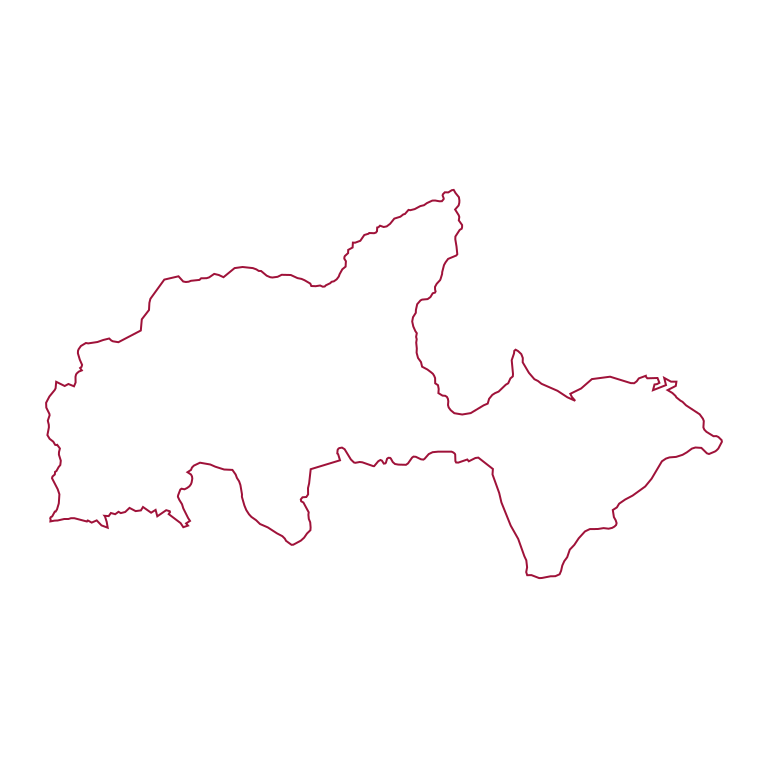 Tepango de Rodríguez, Puebla, Mexico (Albers equal-area conic projection)
{"feature_id": "50627088B77099076149354", "entity_name": "Tepango de Rodríguez", "entity_type": "district", "adm_level": 2, "iso_a3": "MEX", "parent_name": "Mexico", "parent_adm1": "Puebla", "projection": "albers", "projection_center": [-97.782, 20.011], "detail": "fine", "context": "isolated", "style": "outline", "palette": "rose", "viewbox_px": 768, "rotation_deg": 0, "n_neighbors": 0, "source": "geoboundaries", "source_scale": "gbopen_adm2", "svg_char_len": 6056}
<svg xmlns="http://www.w3.org/2000/svg" viewBox="0 0 768 768"><path d="M50.4,521.4L54.7,520.6L57.6,520.5L64.2,519.0L68.4,519.0L71.0,518.2L74.3,518.2L86.9,521.5L87.6,520.5L88.1,520.6L91.7,522.6L96.7,520.4L101.5,525.4L107.7,527.7L106.7,521.9L105.0,516.5L104.5,515.8L108.7,516.1L110.9,513.0L115.2,514.2L118.5,511.8L120.8,513.1L125.2,512.0L129.5,507.9L135.6,511.1L140.9,510.4L143.0,507.0L151.1,512.7L155.6,509.9L157.3,516.3L166.2,510.2L169.7,511.2L170.0,512.1L168.7,514.1L180.6,523.1L183.3,527.2L188.0,525.6L186.1,523.4L190.0,520.9L188.1,518.0L183.3,508.4L182.0,504.2L179.4,500.0L177.9,496.8L178.1,495.3L180.3,489.6L181.5,488.7L184.5,489.3L187.1,488.0L189.4,486.3L190.9,484.3L191.6,482.5L192.3,478.6L192.0,476.4L191.0,474.5L187.5,472.2L191.0,469.9L192.0,467.5L193.9,465.6L200.0,462.7L210.3,464.5L215.3,466.7L224.1,469.5L232.4,469.9L235.7,474.6L236.9,477.9L239.1,481.3L240.4,485.0L242.0,494.4L241.9,496.8L244.4,505.5L246.3,510.1L249.0,514.3L251.4,516.9L256.1,520.2L260.0,524.0L267.8,527.4L276.9,533.3L282.4,536.2L284.8,538.6L286.1,540.9L291.5,544.8L293.3,544.7L300.9,540.6L304.1,537.7L307.0,533.5L310.4,530.2L310.6,527.4L310.2,522.3L308.8,518.9L308.4,514.8L308.7,512.3L303.4,502.5L301.2,501.3L300.8,499.4L302.5,497.3L306.3,497.0L308.1,494.4L308.0,488.1L309.1,483.5L310.7,469.2L340.0,460.3L338.1,454.1L337.3,453.5L337.6,450.0L338.4,448.7L339.3,448.1L342.0,447.6L344.6,449.2L350.9,459.5L354.0,462.5L355.4,462.8L359.7,462.0L362.3,462.3L373.2,466.1L374.2,466.1L378.3,461.2L380.4,460.0L381.9,460.6L383.8,463.6L385.3,463.4L385.9,462.7L387.1,458.7L388.4,457.8L390.1,457.9L390.8,458.5L392.8,462.1L395.0,464.0L398.4,464.6L406.0,464.8L408.0,463.4L412.1,457.6L413.5,456.6L415.8,456.8L421.0,459.3L423.4,459.6L424.6,458.8L428.7,454.1L432.6,452.2L437.8,451.7L451.6,451.7L453.4,452.5L454.8,453.7L455.2,454.6L455.4,461.1L456.1,462.5L458.3,462.6L467.3,459.5L468.8,461.3L475.4,458.0L478.3,457.6L492.9,469.0L492.5,474.4L499.2,493.0L501.4,502.4L510.7,525.6L518.2,538.9L524.4,556.3L526.3,560.3L527.1,567.3L526.2,572.1L527.2,575.2L531.4,575.1L539.2,578.1L541.8,578.0L550.5,576.3L555.3,576.2L559.6,574.3L561.1,570.8L562.3,565.5L564.3,561.1L567.2,557.2L569.8,549.6L574.3,544.9L578.7,538.3L585.0,531.4L589.8,529.1L597.9,529.0L603.6,528.1L608.6,528.7L612.1,527.9L614.4,526.6L616.1,525.0L616.6,523.1L615.7,520.3L613.9,517.1L612.8,510.0L616.9,507.4L619.1,503.7L625.2,499.5L632.6,495.6L645.2,486.5L651.6,478.7L661.9,461.3L665.9,458.6L669.5,457.4L676.1,456.9L682.6,454.8L686.9,452.3L691.9,448.6L695.4,447.5L701.4,447.9L706.9,453.3L709.0,454.0L715.0,451.5L716.4,450.5L718.3,448.6L721.9,441.8L721.6,440.1L718.4,437.0L716.4,436.1L713.5,436.2L706.4,431.8L704.3,429.6L703.4,427.4L703.8,421.0L702.9,418.7L699.7,414.3L686.0,405.3L682.5,401.8L680.5,400.7L676.4,397.4L675.5,395.9L672.4,393.0L667.6,390.1L675.8,385.9L676.4,381.7L671.1,381.7L664.2,377.9L666.0,385.1L653.0,390.2L654.5,384.5L657.0,384.1L659.4,382.8L657.5,378.0L647.3,378.3L645.9,376.7L645.8,375.8L638.8,378.4L636.7,381.3L634.2,383.2L630.8,383.1L610.1,376.7L591.9,379.1L581.1,388.5L570.3,393.8L571.9,397.0L575.2,400.8L567.4,397.3L557.5,390.8L541.5,383.8L538.0,381.0L534.4,379.2L528.9,372.8L522.7,362.3L522.8,358.0L521.3,354.1L518.1,351.1L515.6,349.7L514.3,350.8L514.0,353.5L511.7,360.2L513.0,374.0L512.8,376.4L510.4,378.4L508.2,383.3L505.8,384.7L498.6,391.6L495.1,393.1L492.3,394.9L489.1,398.8L487.7,403.6L483.7,405.3L470.7,413.1L462.2,414.5L454.3,413.2L450.7,410.2L448.7,407.5L448.0,405.0L448.3,401.3L447.9,398.8L446.9,396.9L445.2,395.8L442.5,395.6L438.4,393.1L438.7,389.0L438.0,385.2L435.2,383.3L435.1,378.1L434.1,375.7L432.9,373.8L431.1,372.3L427.4,369.5L422.1,366.7L421.0,362.1L418.0,357.9L416.6,352.7L416.8,348.5L416.2,342.6L416.7,339.2L416.1,336.9L416.8,333.2L415.4,331.2L413.3,326.5L412.2,321.5L413.0,317.2L415.8,312.8L415.9,310.0L417.2,304.2L420.5,300.4L422.1,299.6L427.6,299.1L430.4,297.1L432.7,293.3L435.0,292.6L435.6,291.4L435.1,289.8L435.0,286.9L436.7,283.8L440.1,280.1L440.6,278.9L442.1,274.0L442.2,272.1L444.0,265.1L445.5,262.4L448.1,258.9L456.3,255.5L457.3,254.2L456.5,246.5L455.3,239.3L455.4,236.5L459.7,229.9L461.7,228.7L462.1,227.1L462.1,225.0L458.8,220.4L459.3,217.0L458.7,215.2L455.1,209.5L458.6,205.5L459.3,202.8L459.4,200.4L458.9,197.2L455.5,193.0L453.7,189.9L451.8,190.2L448.3,192.4L444.8,192.3L442.9,194.3L442.6,195.5L443.7,198.3L443.6,199.2L441.9,201.2L439.5,201.3L435.1,200.5L432.3,200.6L426.9,203.1L424.0,205.2L420.3,206.1L414.7,209.1L410.3,210.2L408.5,209.9L404.9,214.0L403.3,214.4L400.4,216.7L394.3,218.6L390.1,223.8L386.7,226.4L383.7,227.0L380.0,225.7L378.5,227.2L377.2,227.5L377.0,231.2L375.9,232.6L374.1,233.2L369.2,233.0L368.6,233.7L364.3,235.0L360.3,240.8L355.1,242.7L352.9,242.6L352.6,247.5L348.2,249.9L348.1,253.1L344.9,256.0L344.4,257.1L344.3,258.7L345.9,261.2L345.6,266.6L342.3,269.3L339.6,274.2L338.8,276.5L336.7,279.3L333.9,281.3L331.6,281.8L330.2,283.2L325.9,285.3L324.7,286.5L322.8,286.7L320.1,285.5L315.7,286.2L311.3,286.0L310.3,283.6L304.5,280.2L301.5,278.9L297.5,278.1L290.8,275.0L281.7,274.8L277.6,276.8L272.4,277.5L270.2,277.2L266.7,275.7L261.1,271.0L258.7,270.9L256.4,269.4L252.9,268.1L242.6,267.0L234.6,268.1L223.5,277.2L218.8,275.0L214.2,273.9L209.1,277.4L206.5,278.2L201.1,278.3L199.5,279.9L190.9,280.8L188.7,281.7L185.9,282.0L183.2,281.5L178.5,276.3L164.3,279.6L150.4,298.8L149.4,302.8L149.0,310.0L141.8,319.3L140.8,330.5L118.4,342.2L112.9,341.3L111.3,340.5L109.2,338.5L103.2,340.0L97.5,342.0L88.2,343.4L85.9,343.0L80.9,346.0L78.7,349.1L78.0,350.8L77.9,353.3L79.8,359.7L82.1,364.9L81.5,366.9L80.1,368.0L81.8,370.4L78.8,371.6L76.6,373.6L76.0,374.7L75.5,376.8L75.6,382.5L74.0,386.3L68.4,384.0L64.7,386.0L56.2,381.8L55.6,388.3L54.7,390.0L49.4,396.5L46.1,402.8L46.3,407.6L49.4,413.9L49.6,415.3L47.8,420.7L48.8,424.7L48.9,427.3L47.4,435.1L49.6,438.8L53.3,441.7L55.1,444.8L56.4,445.1L57.2,444.8L59.9,448.5L59.0,452.0L58.9,454.6L60.8,460.7L60.3,465.0L58.6,467.1L56.4,471.1L55.1,471.8L54.8,474.5L52.5,476.5L52.0,478.2L57.7,489.2L59.4,494.3L58.8,503.4L57.0,509.4L55.6,511.6L54.8,511.6L52.2,516.4L50.7,517.2L50.2,518.3L50.6,519.3L50.4,521.4Z" fill="none" stroke="#9f1239" stroke-width="2"/></svg>